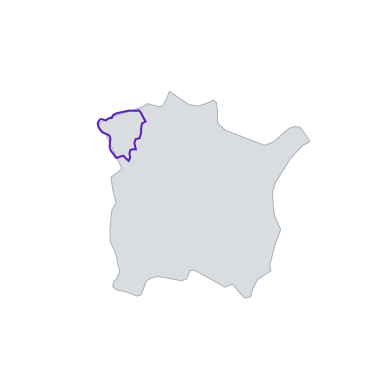 Kosovska Kamenica highlighted on a map of Kosovo, rotated 226°
{"feature_id": "KOS-5907", "entity_name": "Kosovska Kamenica", "entity_type": "District", "adm_level": 1, "iso_a3": "XKX", "parent_name": "Kosovo", "parent_adm1": "", "projection": "equal_earth", "projection_center": [21.605, 42.591], "detail": "fine", "context": "in_parent", "style": "outline", "palette": "violet", "viewbox_px": 384, "rotation_deg": 226, "n_neighbors": 0, "source": "natural_earth", "source_scale": "10m", "svg_char_len": 1657}
<svg xmlns="http://www.w3.org/2000/svg" viewBox="0 0 384 384"><g transform="rotate(226 192 192)"><path d="M117.9,144.5L134.5,139.3L136.9,135.6L133.2,127.7L135.4,122.8L155.3,108.7L158.6,102.3L159.8,97.3L157.2,92.0L153.5,83.7L155.3,80.2L165.7,75.4L174.0,69.8L179.0,69.3L182.0,73.4L182.0,77.5L184.7,84.5L190.9,88.3L201.1,94.5L213.0,98.7L222.2,107.1L234.9,122.2L236.8,129.7L248.3,136.4L258.9,143.9L257.3,157.8L293.5,170.0L301.7,169.9L305.6,172.0L305.5,175.2L302.6,185.0L287.7,215.0L286.5,221.3L275.8,227.8L274.3,231.6L277.4,239.9L280.2,245.7L279.9,245.7L257.0,250.5L249.3,256.3L244.7,266.2L243.2,271.4L239.2,271.6L232.4,266.4L223.9,258.4L212.9,259.0L175.1,276.6L171.4,285.8L170.4,305.8L167.8,311.2L163.8,314.7L148.2,312.5L146.5,311.2L148.6,303.5L147.9,286.7L141.0,259.0L136.1,249.9L125.8,240.9L117.8,235.0L103.4,229.7L96.2,214.5L85.4,197.3L80.1,193.4L81.0,191.7L83.6,178.7L80.6,169.2L75.8,161.2L79.1,156.3L89.2,156.4L97.6,157.3L100.6,149.6L117.9,144.5Z" fill="#d9dde1" stroke="#a8b0b8" stroke-width="1"/><path d="M269.1,161.2L277.5,162.3L280.5,163.3L282.6,165.0L286.9,170.2L289.1,171.6L291.1,171.6L296.8,169.1L299.7,169.0L303.7,169.9L304.4,170.3L307.1,172.1L308.2,175.9L307.5,177.4L306.1,178.3L304.5,179.0L303.1,180.0L303.3,180.5L302.5,184.0L302.4,184.5L302.1,184.8L301.2,185.2L301.0,185.7L301.1,186.5L302.1,188.0L302.2,188.7L300.9,192.7L294.2,203.3L288.9,208.5L287.7,210.5L284.7,210.4L280.7,209.1L275.0,207.6L276.0,203.5L273.0,199.5L269.9,196.4L267.1,191.5L269.2,188.3L267.5,184.8L265.4,183.4L261.7,181.2L263.6,179.4L265.0,176.9L263.4,174.0L259.5,171.2L258.4,168.0L263.0,167.8L265.9,167.8L269.1,161.2Z" fill="none" stroke="#5b21b6" stroke-width="2"/></g></svg>